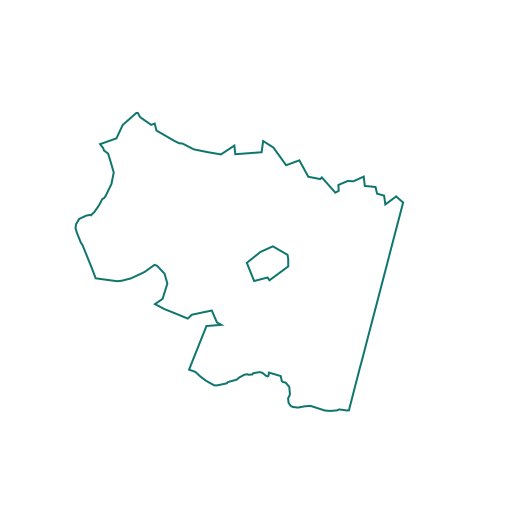 the district of Fairfax, Virginia, United States of America, rotated 157°
{"feature_id": "52423323B7849589815213", "entity_name": "Fairfax", "entity_type": "district", "adm_level": 2, "iso_a3": "USA", "parent_name": "United States of America", "parent_adm1": "Virginia", "projection": "albers", "projection_center": [-77.233, 38.838], "detail": "fine", "context": "isolated", "style": "outline", "palette": "teal", "viewbox_px": 512, "rotation_deg": 157, "n_neighbors": 0, "source": "geoboundaries", "source_scale": "gbopen_adm2", "svg_char_len": 1970}
<svg xmlns="http://www.w3.org/2000/svg" viewBox="0 0 512 512"><g transform="rotate(157 256 256)"><path d="M329.0,210.9L331.6,208.2L340.2,199.6L345.7,194.0L349.7,190.0L358.8,180.8L362.0,177.5L357.1,173.0L354.4,167.0L350.7,160.6L345.1,153.4L344.1,152.8L342.3,152.1L333.4,150.3L332.4,150.3L331.7,150.8L329.2,150.7L322.2,149.7L318.9,150.7L313.1,151.3L309.9,150.4L309.3,149.6L305.7,148.4L304.3,149.2L298.0,147.7L295.8,146.0L293.6,141.9L292.6,140.8L291.6,140.7L291.2,141.0L289.6,143.6L280.2,135.9L281.1,130.7L280.5,129.5L278.2,127.9L276.5,122.5L278.9,115.2L282.0,112.5L283.4,108.2L282.6,104.3L281.1,102.7L276.7,100.1L270.0,98.6L264.5,96.8L252.9,86.8L248.0,84.3L241.9,82.3L239.2,82.2L233.4,78.7L230.8,77.6L203.9,112.7L199.3,118.5L185.0,137.1L184.0,138.4L165.3,162.6L139.4,196.2L124.5,215.6L99.7,247.7L103.7,256.1L116.8,252.9L114.5,261.5L120.2,266.1L119.0,272.8L128.5,278.0L125.8,287.0L137.1,286.7L142.3,289.2L152.4,289.2L154.4,283.7L158.2,283.3L164.7,302.6L166.8,301.7L176.9,308.5L178.7,327.1L192.8,327.8L197.6,349.0L204.5,359.0L210.3,349.3L235.3,357.8L232.8,366.1L248.5,363.2L259.5,370.2L271.5,378.4L279.8,388.3L282.7,389.8L285.9,393.5L298.6,410.3L297.5,417.5L301.3,417.7L308.4,429.0L308.9,433.9L310.4,434.4L327.5,428.7L338.5,418.8L355.8,419.9L354.5,414.9L354.7,412.5L352.1,408.0L353.0,399.7L354.3,388.5L360.9,378.8L371.1,369.9L373.1,368.7L375.4,368.4L380.0,364.5L383.4,362.3L387.7,359.6L391.4,358.2L392.0,357.9L392.6,358.7L396.7,359.5L404.3,359.2L409.2,355.6L411.2,352.2L411.8,347.4L412.0,336.5L411.4,333.6L411.5,329.4L411.8,311.7L411.9,307.9L412.3,298.1L393.6,287.0L388.9,285.6L388.7,285.6L380.2,284.3L367.0,284.7L364.6,284.9L352.9,287.5L350.9,285.7L347.1,275.4L348.4,265.2L358.7,253.1L367.8,251.2L361.3,243.2L350.9,232.8L343.3,225.1L337.9,227.0L318.0,223.1L317.9,210.1L314.9,206.2L329.0,210.9ZM227.5,240.7L230.4,233.8L253.1,228.4L253.8,231.7L267.5,233.7L267.1,253.3L250.3,258.0L236.7,258.3L226.5,244.7L227.5,240.7Z" fill="none" stroke="#0f766e" stroke-width="2"/></g></svg>